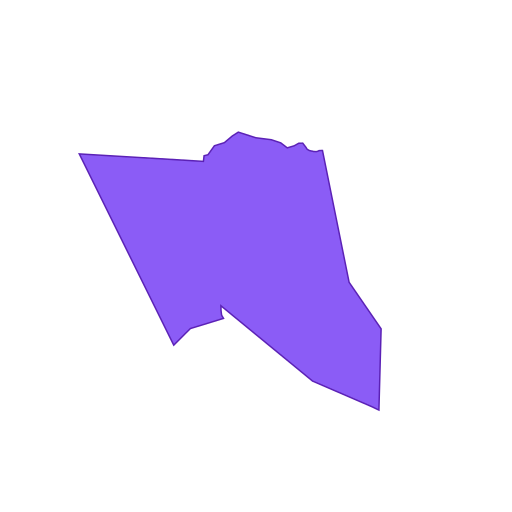 the district of Morne Jacques, Choiseul, Saint Lucia, rotated 316°
{"feature_id": "8701671B73612450286207", "entity_name": "Morne Jacques", "entity_type": "district", "adm_level": 2, "iso_a3": "LCA", "parent_name": "Saint Lucia", "parent_adm1": "Choiseul", "projection": "natural_earth1", "projection_center": [-61.029, 13.811], "detail": "fine", "context": "isolated", "style": "filled", "palette": "violet", "viewbox_px": 512, "rotation_deg": 316, "n_neighbors": 0, "source": "geoboundaries", "source_scale": "gbopen_adm2", "svg_char_len": 1010}
<svg xmlns="http://www.w3.org/2000/svg" viewBox="0 0 512 512"><g transform="rotate(316 256 256)"><path d="M366.8,206.2L365.1,204.6L359.9,203.2L353.6,199.9L352.4,191.8L347.8,183.0L338.0,170.8L329.3,154.6L322.4,153.2L312.0,152.5L302.7,147.8L291.8,149.8L288.3,147.8L283.9,151.4L199.8,59.8L134.9,263.0L150.9,262.7L158.4,262.6L189.3,278.3L189.9,275.7L190.3,274.5L192.9,271.0L196.2,267.4L209.8,385.3L234.9,445.5L236.4,449.6L237.4,452.2L295.4,395.3L304.7,339.6L377.1,226.3L376.7,225.9L376.4,225.6L376.2,225.4L375.8,225.1L375.6,224.9L375.3,224.6L374.9,224.3L374.6,224.0L374.2,223.9L373.9,223.8L373.5,223.7L373.1,223.5L372.8,223.3L372.3,223.1L371.9,222.8L371.5,222.4L371.2,222.1L370.9,221.7L370.6,221.5L370.3,221.1L369.9,220.7L369.7,220.3L369.5,219.9L369.2,219.5L368.9,219.2L368.7,218.8L368.4,218.4L368.3,218.2L368.0,217.8L367.8,217.4L367.6,217.0L367.4,216.5L367.3,216.1L367.2,215.6L367.1,215.2L367.0,214.7L367.0,214.1L367.4,212.7L368.0,207.3L366.8,206.2Z" fill="#8b5cf6" stroke="#5b21b6" stroke-width="1.5"/></g></svg>